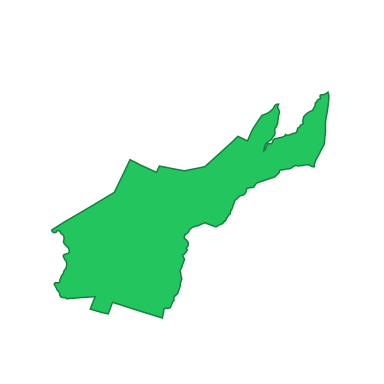 Kasarani, Nairobi, Kenya (orthographic projection), rotated 136°
{"feature_id": "3690345B25272410242240", "entity_name": "Kasarani", "entity_type": "district", "adm_level": 2, "iso_a3": "KEN", "parent_name": "Kenya", "parent_adm1": "Nairobi", "projection": "orthographic", "projection_center": [36.978, -1.252], "detail": "fine", "context": "isolated", "style": "filled", "palette": "green", "viewbox_px": 384, "rotation_deg": 136, "n_neighbors": 0, "source": "geoboundaries", "source_scale": "gbopen_adm2", "svg_char_len": 4472}
<svg xmlns="http://www.w3.org/2000/svg" viewBox="0 0 384 384"><g transform="rotate(136 192 192)"><path d="M120.3,200.2L127.9,200.1L147.9,200.7L165.0,201.3L169.2,203.8L182.8,212.6L185.4,216.2L188.4,220.4L197.4,233.3L203.9,230.8L210.7,248.3L211.6,251.2L214.1,258.3L219.4,256.3L224.7,254.3L233.2,251.2L239.4,248.9L244.1,247.2L248.3,245.7L251.8,246.5L254.1,247.1L273.4,251.5L288.4,255.1L296.1,257.0L304.6,259.1L319.3,262.1L320.0,260.6L319.8,259.2L319.0,258.0L317.6,257.4L316.1,258.0L314.6,256.7L314.5,254.7L315.0,253.2L314.8,251.5L314.6,250.2L314.9,249.2L315.9,247.9L317.2,246.7L318.5,246.0L319.6,244.6L319.8,242.8L319.9,241.0L319.8,238.8L319.9,237.3L320.3,236.2L321.4,234.5L322.6,233.9L323.9,234.0L326.0,235.1L327.5,235.9L329.1,235.5L329.9,233.5L330.4,231.8L330.6,230.5L330.9,228.8L332.0,227.4L333.5,226.1L334.6,225.3L335.9,224.7L337.2,224.5L338.4,224.3L339.8,223.7L341.1,222.9L342.4,222.6L344.1,222.4L345.4,221.8L347.1,221.0L348.2,220.5L349.3,219.4L350.9,219.2L352.1,220.5L353.3,221.8L355.1,221.6L355.7,219.4L356.1,217.6L356.9,215.8L357.1,214.6L357.0,213.3L357.5,211.5L359.0,209.2L359.2,207.9L358.8,206.6L357.8,205.2L356.4,204.1L356.4,202.3L345.0,193.0L336.0,185.4L334.3,184.0L346.6,178.5L341.3,169.2L340.5,167.9L337.0,162.5L333.7,164.1L325.8,167.8L321.5,159.9L318.4,154.2L315.4,148.4L310.7,139.8L300.8,121.9L299.0,123.2L297.5,124.3L296.2,125.1L295.3,125.8L294.4,126.8L293.0,127.3L291.5,126.4L289.3,124.4L287.9,123.9L281.9,126.5L280.3,126.4L279.5,127.4L278.5,128.7L276.9,128.9L275.1,129.0L273.5,129.1L272.4,129.1L266.4,132.3L265.2,132.8L264.1,134.3L262.5,135.1L260.2,136.3L258.9,137.6L258.2,139.3L257.4,140.4L256.1,142.0L255.4,143.5L254.3,144.3L253.0,144.5L251.8,144.8L249.1,146.4L245.2,148.2L244.1,148.8L243.3,151.7L242.7,153.1L241.1,152.7L239.8,152.7L238.0,152.9L235.6,153.6L235.0,155.6L233.9,156.0L232.4,155.9L230.5,157.4L229.7,158.6L229.4,161.2L229.5,163.0L229.5,164.4L228.7,165.2L227.7,165.5L226.7,166.5L225.1,165.7L223.7,165.6L222.1,165.8L219.9,166.5L218.3,166.6L216.7,166.4L214.9,165.7L213.1,164.9L212.0,163.9L210.3,163.3L207.2,162.2L204.2,161.0L203.4,159.7L202.9,158.1L201.8,156.1L200.6,153.6L199.7,151.5L198.9,150.3L197.7,149.9L195.8,149.5L193.9,148.9L192.4,148.2L191.0,148.1L190.1,148.7L189.0,147.9L187.7,148.3L186.5,148.4L185.6,149.2L184.3,149.2L182.7,149.6L181.2,149.9L179.5,149.8L177.6,151.3L175.6,151.9L173.9,152.5L172.5,153.4L171.5,154.0L170.2,154.4L168.6,155.2L167.8,156.0L160.6,156.0L158.7,155.0L157.1,154.2L156.0,154.0L154.6,154.1L153.2,154.5L151.6,155.6L150.1,156.5L147.1,154.6L144.5,152.6L142.9,152.9L141.6,153.2L140.2,153.4L138.6,153.2L136.4,152.2L134.5,151.3L125.1,146.9L122.4,145.4L121.2,145.4L117.7,145.3L115.9,145.4L114.5,146.4L113.2,146.5L112.1,145.5L109.5,143.7L107.6,142.7L106.6,141.5L104.9,140.7L103.7,140.2L102.4,140.1L100.5,139.8L99.2,139.1L98.3,138.3L97.3,136.5L95.8,135.8L95.0,135.0L94.2,134.3L92.7,133.4L90.9,132.4L89.9,131.0L89.0,130.2L88.4,128.4L88.2,127.3L87.4,126.0L86.5,125.2L85.5,126.2L84.5,127.2L83.4,127.7L79.7,129.3L73.8,131.1L70.8,132.2L68.2,133.1L65.4,133.9L62.9,135.0L60.5,137.3L54.0,142.7L48.5,148.5L45.8,150.9L42.7,153.1L39.8,155.2L33.8,159.8L29.9,163.0L28.8,164.0L26.2,166.7L24.8,169.4L26.3,169.5L27.4,169.8L28.9,170.3L30.4,170.9L31.3,172.0L32.3,172.5L33.4,172.1L33.8,170.9L34.8,170.0L36.7,170.8L38.7,170.8L39.9,170.2L41.3,170.5L42.3,169.7L43.8,168.4L45.3,168.0L46.7,167.7L48.4,166.9L50.2,167.6L51.8,168.1L53.4,168.5L55.4,168.7L56.6,168.8L59.7,168.5L60.5,167.7L61.8,167.0L63.2,166.0L64.0,164.9L64.5,163.7L65.9,164.2L67.8,164.8L69.1,164.0L70.6,164.3L71.7,164.5L73.3,163.3L74.6,162.9L75.7,162.4L77.0,162.5L77.8,163.5L79.1,164.2L80.6,164.7L81.7,165.2L82.8,165.6L84.3,167.1L84.8,168.4L86.3,167.9L87.5,168.2L89.1,168.8L91.9,170.7L93.5,171.3L94.4,172.2L95.4,172.9L96.6,173.0L98.0,172.8L99.0,172.2L100.0,171.6L101.2,171.6L102.2,172.3L103.6,173.8L105.3,173.8L106.3,173.3L107.5,173.0L108.3,172.1L110.0,171.6L111.8,171.7L106.9,175.1L105.2,175.5L103.0,175.2L100.0,174.8L98.5,174.6L97.0,175.0L95.4,175.5L94.0,175.4L92.7,175.8L91.1,177.0L90.3,178.0L89.3,179.2L87.9,180.2L86.2,180.3L85.1,181.0L83.4,181.4L82.2,182.3L81.2,183.2L80.0,184.2L78.8,184.9L78.0,185.8L76.0,187.2L74.5,187.9L73.2,189.3L72.4,191.0L72.0,192.4L71.5,193.6L70.2,194.3L68.7,195.0L69.9,196.2L71.7,196.7L73.1,196.5L74.6,195.8L76.1,195.6L77.7,195.6L79.3,195.7L81.6,195.9L83.7,196.5L86.7,197.7L88.2,198.5L92.3,197.8L97.6,196.6L103.1,195.4L105.7,194.6L106.8,194.3L112.2,192.0L114.7,191.0L116.6,190.2L120.3,200.2Z" fill="#22c55e" stroke="#15803d" stroke-width="1.5"/></g></svg>